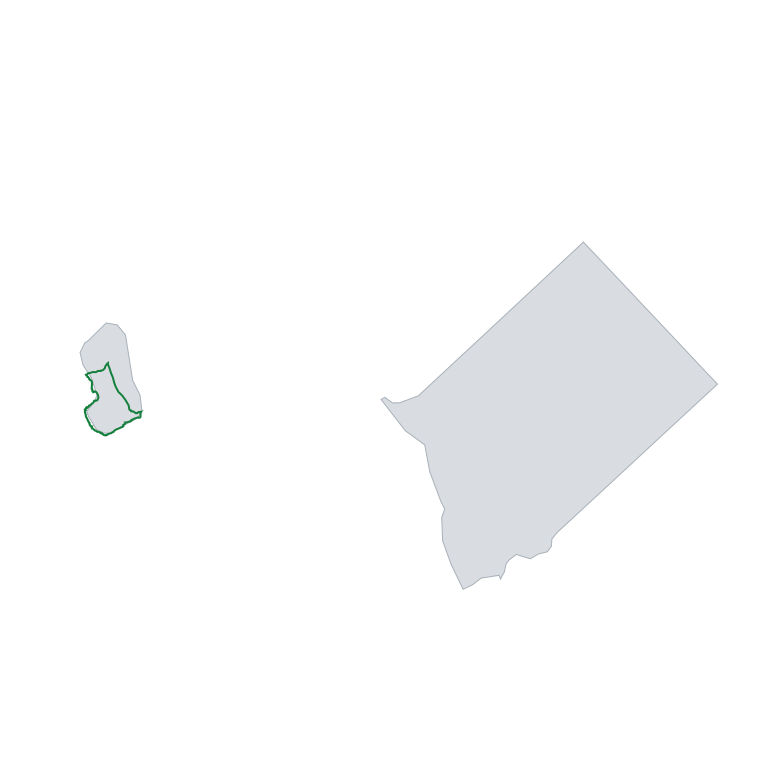 Luba, Bioko Sur, Equatorial Guinea shown in context, rotated 317°
{"feature_id": "11065452B69220194361963", "entity_name": "Luba", "entity_type": "district", "adm_level": 2, "iso_a3": "GNQ", "parent_name": "Equatorial Guinea", "parent_adm1": "Bioko Sur", "projection": "mercator", "projection_center": [8.565, 3.411], "detail": "fine", "context": "in_parent", "style": "outline", "palette": "green", "viewbox_px": 768, "rotation_deg": 317, "n_neighbors": 0, "source": "geoboundaries", "source_scale": "gbopen_adm2", "svg_char_len": 6145}
<svg xmlns="http://www.w3.org/2000/svg" viewBox="0 0 768 768"><g transform="rotate(317 384 384)"><path d="M626.6,416.2L626.9,454.9L627.1,487.7L627.3,523.1L627.5,560.0L627.6,591.2L627.8,611.5L593.5,611.4L548.1,611.2L502.7,611.1L457.3,610.9L434.5,610.8L409.3,610.7L401.2,611.8L395.6,616.9L389.0,618.1L381.2,613.7L371.8,611.6L369.2,607.1L364.5,598.9L355.2,598.0L350.5,598.9L343.7,603.6L336.2,606.1L337.6,602.3L322.6,592.2L311.8,591.2L301.9,588.1L310.0,561.9L320.0,538.6L335.1,521.1L343.1,516.9L345.7,508.2L357.6,479.5L372.3,456.3L367.7,432.8L371.3,393.3L375.5,394.4L376.2,398.1L377.3,403.7L382.8,408.5L401.2,416.1L455.9,416.1L488.5,416.2L536.8,416.2L587.8,416.2L626.6,416.2ZM193.2,149.9L197.4,150.6L222.4,149.9L229.2,158.8L228.4,171.8L202.7,209.9L197.9,225.9L187.9,239.5L179.3,240.5L149.6,232.6L144.6,227.8L142.8,221.2L145.8,206.1L147.9,201.5L162.1,198.6L166.7,196.1L174.3,179.8L176.8,164.9L183.2,153.7L193.2,149.9Z" fill="#d9dde1" stroke="#a8b0b8" stroke-width="1"/><path d="M172.3,174.0L172.2,174.4L172.3,174.6L172.2,174.7L172.3,175.6L172.2,176.0L172.1,176.3L172.3,176.7L172.0,176.9L172.2,177.2L172.3,177.6L172.3,178.4L172.1,178.5L171.8,179.0L171.8,179.5L172.0,179.6L171.9,179.9L171.7,180.2L171.7,180.5L172.0,180.7L172.0,181.6L172.2,182.0L172.0,182.3L172.0,182.9L171.7,183.4L171.3,183.7L171.0,184.3L170.6,184.6L170.4,184.7L170.1,185.3L169.6,185.5L169.3,186.1L168.3,186.8L168.1,186.9L167.9,187.3L167.7,187.4L167.6,187.8L167.2,187.8L166.9,188.1L167.1,188.6L167.0,188.9L166.9,189.2L166.3,189.7L166.3,190.0L166.2,190.2L165.8,190.4L165.7,190.8L166.2,191.2L166.1,191.3L165.9,191.7L166.4,191.8L166.5,192.1L166.8,192.2L167.0,192.1L167.1,192.3L167.5,192.3L167.7,192.8L168.1,193.5L167.7,195.4L167.6,196.4L166.0,199.2L165.3,199.5L164.6,199.7L163.9,200.2L163.5,200.3L163.2,200.3L162.1,199.9L161.4,199.4L161.4,199.0L161.2,198.9L160.9,199.1L160.6,198.8L160.3,199.0L160.0,198.8L159.6,199.1L159.4,199.1L159.0,199.3L157.7,199.4L157.3,199.2L156.7,199.0L156.3,199.1L156.0,199.3L155.5,199.1L154.9,199.1L154.4,199.2L154.2,198.9L153.8,198.7L153.5,198.6L153.0,199.0L152.7,199.1L152.4,198.9L152.2,198.9L152.1,199.1L151.9,199.0L151.6,198.8L151.4,198.9L151.3,198.7L151.0,198.9L150.9,198.5L150.9,198.3L150.5,198.1L150.2,198.2L149.8,198.2L149.4,198.4L149.1,198.5L148.8,198.5L148.8,198.8L148.9,199.0L148.5,199.1L148.4,199.2L148.2,199.1L148.1,199.5L147.8,199.3L147.6,199.2L147.6,199.6L147.3,199.6L146.9,199.8L146.7,200.0L146.4,200.3L146.3,200.6L146.2,200.6L146.2,200.8L146.0,201.1L145.8,201.1L145.4,202.1L145.2,202.2L145.1,202.9L144.5,203.4L144.4,203.7L144.0,204.2L144.1,204.5L143.5,205.2L143.4,205.7L143.5,205.9L143.4,206.7L142.9,207.3L142.9,207.6L143.0,207.9L142.6,208.5L142.7,208.9L142.4,209.3L142.4,209.5L142.1,209.7L142.1,209.9L142.2,210.1L142.2,210.3L142.2,210.5L142.1,210.8L142.1,211.1L141.8,211.6L141.9,211.8L141.5,211.9L141.2,212.7L141.2,212.9L141.0,213.1L141.1,213.4L141.1,213.6L141.0,213.8L140.8,213.9L140.8,214.1L141.0,214.1L141.1,214.3L141.0,215.8L140.9,215.9L141.1,216.0L140.8,216.1L140.9,216.4L140.7,216.9L140.4,217.3L140.2,217.5L140.7,218.1L140.6,218.4L140.8,218.9L140.8,220.2L140.7,220.4L140.8,220.7L141.0,220.7L141.0,221.0L141.3,221.5L141.6,222.2L141.5,222.5L141.7,223.5L142.0,223.6L142.6,224.2L142.7,224.3L142.9,224.6L143.1,225.4L143.0,225.7L143.7,226.2L143.6,226.6L143.4,226.9L143.5,227.0L143.8,226.9L144.1,227.1L143.9,227.4L143.8,227.8L143.9,228.1L144.1,228.2L144.1,228.4L143.9,228.6L143.9,228.8L144.2,229.1L144.4,229.2L144.4,229.7L144.3,230.1L144.3,230.4L144.4,230.6L144.7,230.8L145.0,231.4L145.4,231.6L145.5,231.8L145.9,232.1L146.1,231.9L146.3,232.2L146.5,232.3L147.1,232.3L147.3,232.5L147.7,232.3L148.0,232.4L148.2,232.5L148.5,232.6L151.1,234.0L151.5,234.0L151.9,234.0L152.7,234.2L152.9,234.4L153.5,234.6L153.9,234.4L154.2,234.3L154.5,234.3L154.7,234.2L155.0,234.3L155.3,234.4L155.8,234.4L156.1,234.4L156.5,234.5L157.9,234.9L158.1,235.0L158.3,235.1L158.5,235.2L162.4,236.6L162.7,236.6L162.9,236.7L163.3,237.0L163.5,237.0L163.8,237.0L164.1,237.1L164.5,237.2L164.8,236.7L165.0,236.6L165.1,236.4L165.2,236.1L165.3,236.1L165.5,236.2L165.9,236.1L166.1,236.2L166.4,236.4L166.6,236.3L166.8,236.4L167.2,236.4L167.6,236.4L168.0,236.3L168.5,236.3L168.6,235.9L168.9,236.3L169.1,236.3L169.3,236.4L171.5,237.5L172.7,238.3L172.9,238.2L173.0,238.4L173.3,238.4L173.4,238.5L173.5,238.5L173.7,238.4L173.7,238.5L174.0,238.6L174.3,238.5L174.4,238.4L174.6,238.3L175.0,238.3L175.3,238.3L175.6,238.4L175.8,238.6L176.0,238.5L176.3,238.6L176.5,238.6L177.1,238.8L177.3,238.9L177.8,239.1L178.2,239.2L178.5,239.4L178.7,239.5L179.4,239.8L179.7,239.9L180.8,240.5L181.0,240.5L181.3,240.7L181.6,241.5L181.8,241.6L182.0,241.5L182.4,241.9L182.6,242.0L183.1,242.2L183.3,242.1L183.9,241.5L184.2,241.3L184.4,241.1L184.6,240.8L184.8,240.7L185.4,240.1L185.5,239.8L185.8,239.6L185.9,239.4L185.9,239.2L186.2,239.0L186.4,239.0L186.4,238.6L186.7,238.5L186.7,238.3L187.0,238.3L185.6,237.4L185.3,237.1L184.7,237.2L184.3,236.9L184.0,236.8L183.5,236.9L183.2,236.5L182.7,236.3L182.6,235.7L182.3,234.8L182.0,233.7L182.1,233.4L181.6,233.0L181.5,232.6L181.1,232.2L180.9,231.8L180.5,231.5L180.5,231.1L180.9,230.5L180.7,230.1L180.4,229.7L180.3,229.4L181.0,227.9L181.7,227.0L182.3,226.0L182.8,224.9L183.0,224.0L183.2,222.9L183.5,221.9L183.7,220.6L184.0,219.5L184.2,218.0L184.3,216.6L184.5,215.3L184.6,214.5L184.6,213.1L184.6,212.1L184.5,210.6L184.3,209.5L184.5,208.1L184.9,206.9L185.1,205.9L185.4,204.8L185.7,203.9L185.9,202.9L186.4,201.9L186.8,200.9L187.2,199.9L187.6,199.0L188.0,198.2L188.5,197.4L189.1,196.3L189.5,195.5L190.1,194.4L190.5,193.3L190.9,192.4L191.2,191.5L191.5,190.5L192.0,189.5L192.4,188.5L193.0,187.3L193.5,186.4L193.8,185.6L194.2,184.8L194.5,184.1L194.8,183.1L195.1,182.4L195.4,181.6L195.8,181.0L196.4,180.4L195.6,180.3L195.2,180.4L194.4,180.7L193.7,180.7L192.9,180.8L191.5,181.4L190.7,182.0L189.6,182.1L188.6,182.2L187.5,182.0L187.1,181.7L186.1,181.5L185.8,181.3L185.7,180.9L185.2,180.8L184.8,180.4L184.5,180.0L184.1,179.7L183.8,179.4L183.0,179.2L182.1,179.1L181.2,178.7L180.6,178.0L179.9,177.4L179.2,176.7L178.7,176.3L177.9,176.1L176.7,175.5L176.1,175.1L175.5,174.6L174.4,174.3L174.0,174.5L173.3,174.3L172.5,174.1L172.3,174.0Z" fill="none" stroke="#15803d" stroke-width="2"/></g></svg>